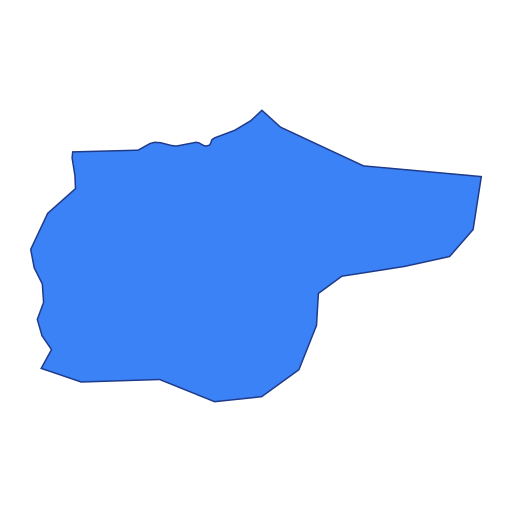 outline of Düzce
{"feature_id": "TUR-5519", "entity_name": "Düzce", "entity_type": "Province", "adm_level": 1, "iso_a3": "TUR", "parent_name": "Turkey", "parent_adm1": "", "projection": "natural_earth1", "projection_center": [31.197, 40.911], "detail": "fine", "context": "isolated", "style": "filled", "palette": "blue", "viewbox_px": 512, "rotation_deg": 0, "n_neighbors": 0, "source": "natural_earth", "source_scale": "10m", "svg_char_len": 657}
<svg xmlns="http://www.w3.org/2000/svg" viewBox="0 0 512 512"><path d="M72.7,151.9L138.0,150.2L149.9,143.6L154.6,142.3L160.5,142.7L170.9,145.4L176.2,146.1L196.1,142.3L199.0,142.9L203.6,145.5L206.1,146.1L209.8,145.0L210.9,142.6L211.8,139.8L214.7,137.8L234.7,130.3L250.9,120.6L261.9,110.3L280.4,127.1L363.5,165.9L481.3,176.6L473.1,229.5L449.6,256.5L404.6,266.4L341.9,276.2L318.4,293.4L316.5,325.4L298.9,369.7L261.6,396.7L214.6,401.7L159.6,379.5L81.2,382.0L41.2,368.4L51.5,349.6L42.0,335.7L37.3,319.4L43.6,302.4L42.3,283.9L34.2,267.8L30.7,249.4L47.7,213.3L75.5,188.6L74.9,175.3L72.1,157.9L72.7,151.9Z" fill="#3b82f6" stroke="#1e3a8a" stroke-width="1.5"/></svg>